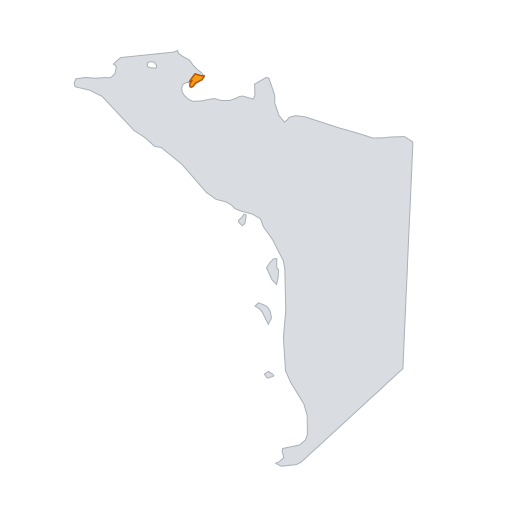 where Neutral Zone sits in United Arab Emirates, rotated 265°
{"feature_id": "ARE-347", "entity_name": "Neutral Zone", "entity_type": "Emirate", "adm_level": 1, "iso_a3": "ARE", "parent_name": "United Arab Emirates", "parent_adm1": "", "projection": "mercator", "projection_center": [56.031, 24.808], "detail": "fine", "context": "in_parent", "style": "filled", "palette": "amber", "viewbox_px": 512, "rotation_deg": 265, "n_neighbors": 0, "source": "natural_earth", "source_scale": "10m", "svg_char_len": 2634}
<svg xmlns="http://www.w3.org/2000/svg" viewBox="0 0 512 512"><g transform="rotate(265 256 256)"><path d="M459.7,130.6L465.5,138.5L466.3,192.0L467.6,195.8L464.5,196.4L461.1,200.5L457.1,206.7L451.5,210.0L447.1,213.6L442.9,218.1L439.1,219.1L434.3,213.4L430.9,207.5L431.8,206.2L434.1,205.8L435.0,202.8L433.6,198.4L430.3,196.7L426.1,196.6L422.2,198.5L418.0,202.4L415.6,206.6L415.2,215.0L416.3,224.4L416.3,229.0L414.0,234.7L413.2,243.1L414.8,249.5L416.3,253.4L416.5,256.7L412.5,267.0L415.9,268.9L427.3,269.6L430.6,276.6L432.9,281.4L432.2,284.2L424.2,286.3L414.1,288.7L406.9,288.0L393.8,291.2L386.9,296.0L388.9,299.0L391.3,301.3L392.4,307.7L390.4,316.8L386.7,325.6L382.1,336.5L376.7,349.1L369.5,367.9L363.3,382.8L362.6,393.4L362.8,400.4L362.0,414.3L356.2,421.9L354.9,422.1L347.9,421.2L345.6,420.9L338.9,420.0L328.6,418.7L315.2,416.9L299.3,414.8L281.6,412.4L262.7,409.9L243.2,407.3L223.6,404.8L204.7,402.2L187.0,399.9L171.2,397.8L157.7,396.0L147.4,394.7L140.8,393.8L138.4,393.5L131.0,392.5L127.0,387.3L122.2,381.1L117.4,374.8L112.5,368.6L107.7,362.3L102.9,356.0L98.1,349.8L93.2,343.5L88.4,337.2L83.6,331.0L78.7,324.7L73.9,318.4L69.1,312.1L64.2,305.8L59.4,299.5L54.6,293.2L49.7,287.0L46.5,282.7L44.7,278.0L44.4,265.5L44.4,262.8L47.7,257.7L49.2,261.3L52.8,266.2L59.0,265.0L61.9,265.8L64.0,283.1L68.5,289.3L74.0,291.7L92.7,293.1L104.3,290.8L127.2,279.5L139.2,275.4L172.4,276.2L199.0,280.9L240.5,283.6L248.6,282.9L270.9,273.9L284.6,265.9L292.8,263.6L298.2,255.8L301.7,245.8L304.9,239.2L308.9,236.0L312.7,230.5L315.8,221.3L323.5,212.2L354.3,189.8L372.4,170.9L374.0,164.7L383.8,155.5L391.6,145.5L428.4,116.6L435.7,104.7L440.1,91.4L440.6,90.4L443.8,89.9L448.2,91.9L448.7,101.9L447.1,111.3L446.9,121.3L446.2,126.7L449.7,131.2L455.4,133.1L458.0,132.8L459.7,130.6ZM458.3,171.0L458.8,166.8L457.9,164.6L454.1,164.3L452.5,168.0L452.0,173.1L454.6,173.6L458.3,171.0ZM251.6,273.3L251.6,276.5L242.7,275.6L240.3,277.3L233.0,276.3L225.8,274.0L230.7,270.0L243.3,265.4L248.6,269.6L251.6,273.3ZM199.3,265.4L192.8,266.0L186.9,262.3L199.3,257.4L202.7,255.2L206.3,250.7L209.2,254.6L206.0,260.7L203.7,263.3L199.3,265.4ZM298.8,247.7L298.0,249.6L295.5,249.4L289.3,247.7L287.3,245.0L291.2,241.7L292.9,241.6L295.4,245.0L298.8,247.7ZM136.5,262.6L135.0,263.3L133.4,258.1L133.5,256.4L137.6,254.1L140.0,258.3L136.5,262.6Z" fill="#d9dde1" stroke="#a8b0b8" stroke-width="1"/><path d="M436.1,207.3L435.8,205.2L438.0,206.8L442.8,211.2L440.8,215.9L440.2,217.9L440.3,219.2L440.2,219.9L440.2,220.0L439.0,219.8L436.3,217.6L433.7,211.0L430.4,208.0L429.8,206.5L430.1,205.3L431.6,204.8L432.9,205.1L434.0,205.7L436.1,207.3Z" fill="#f59e0b" stroke="#b45309" stroke-width="1.5"/></g></svg>